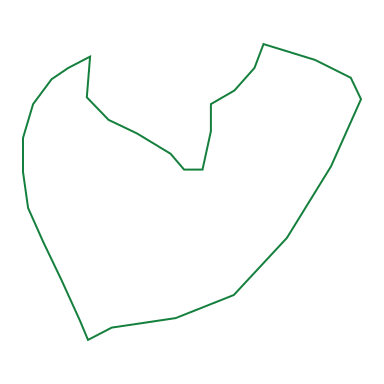 an SVG outline of South East
{"feature_id": "SGP-4875", "entity_name": "South East", "entity_type": "state/province", "adm_level": 1, "iso_a3": "SGP", "parent_name": "Singapore", "parent_adm1": "", "projection": "equal_earth", "projection_center": [103.927, 1.348], "detail": "fine", "context": "isolated", "style": "outline", "palette": "green", "viewbox_px": 384, "rotation_deg": 0, "n_neighbors": 0, "source": "natural_earth", "source_scale": "10m", "svg_char_len": 476}
<svg xmlns="http://www.w3.org/2000/svg" viewBox="0 0 384 384"><path d="M263.5,44.1L315.0,59.9L350.8,77.8L361.0,99.2L331.0,166.4L286.9,237.9L233.8,295.0L175.6,318.1L111.7,327.6L88.0,339.9L80.1,321.0L61.6,280.3L43.2,241.9L28.1,208.0L23.0,171.9L23.0,138.0L33.1,104.1L51.6,79.2L68.3,67.9L90.1,56.6L86.8,97.3L108.6,119.9L137.1,133.5L170.6,153.8L184.1,169.6L202.5,169.6L210.9,131.2L210.9,104.1L234.4,90.5L254.5,67.9L263.5,44.1Z" fill="none" stroke="#15803d" stroke-width="2"/></svg>